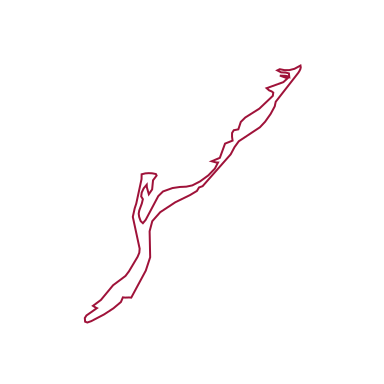 SVG path tracing the border of Long Island, rotated 64°
{"feature_id": "BHS-5033", "entity_name": "Long Island", "entity_type": "District", "adm_level": 1, "iso_a3": "BHS", "parent_name": "The Bahamas", "parent_adm1": "", "projection": "equal_earth", "projection_center": [-75.131, 23.273], "detail": "fine", "context": "isolated", "style": "outline", "palette": "rose", "viewbox_px": 384, "rotation_deg": 64, "n_neighbors": 0, "source": "natural_earth", "source_scale": "10m", "svg_char_len": 1492}
<svg xmlns="http://www.w3.org/2000/svg" viewBox="0 0 384 384"><g transform="rotate(64 192 192)"><path d="M256.4,300.3L259.7,304.1L262.1,313.6L263.5,324.8L263.9,339.3L263.4,343.3L261.7,344.9L258.3,343.6L256.7,341.0L254.7,328.4L253.7,329.2L250.9,330.9L249.1,321.2L241.2,303.8L238.3,288.6L235.7,283.5L226.4,269.3L223.5,266.0L220.0,263.9L188.4,256.1L181.6,250.7L178.0,247.2L158.3,231.7L154.0,229.5L154.8,225.8L156.1,222.6L157.8,219.5L160.0,216.6L161.7,216.6L164.4,221.9L172.2,226.7L175.1,231.8L167.9,230.5L165.6,229.5L167.5,233.8L170.4,237.4L173.7,239.6L176.9,239.3L180.3,242.1L185.6,247.6L188.1,249.4L191.2,250.4L195.7,250.9L198.5,249.8L196.7,245.8L180.9,224.1L178.8,217.8L179.9,207.8L182.2,200.6L184.7,194.8L186.2,188.8L186.0,180.0L184.2,170.0L181.0,161.2L176.9,155.7L176.0,157.4L173.0,160.8L173.5,152.0L163.0,141.1L163.6,133.0L159.9,131.8L156.5,130.1L154.8,127.4L156.0,122.9L150.4,117.4L148.4,111.5L146.6,94.9L141.0,77.2L138.3,75.4L136.5,76.3L134.5,78.1L131.4,79.4L133.3,61.7L131.7,56.3L125.9,62.0L128.5,57.1L129.7,55.5L131.4,54.2L127.9,52.9L125.7,55.5L123.5,59.5L120.1,62.0L120.1,59.3L122.9,55.6L125.1,51.2L126.2,45.9L125.9,39.1L127.6,39.6L129.0,40.7L130.2,42.2L131.4,44.1L147.6,77.2L151.3,80.1L156.3,87.1L160.9,95.5L163.6,102.6L166.9,127.7L170.3,134.1L175.1,140.7L191.4,179.9L191.0,183.7L193.2,187.1L193.9,195.2L193.9,211.5L196.2,229.4L200.8,240.5L208.7,247.3L232.3,258.2L242.4,268.0L260.3,292.9L259.2,294.8L257.6,298.4L256.4,300.3Z" fill="none" stroke="#9f1239" stroke-width="2"/></g></svg>